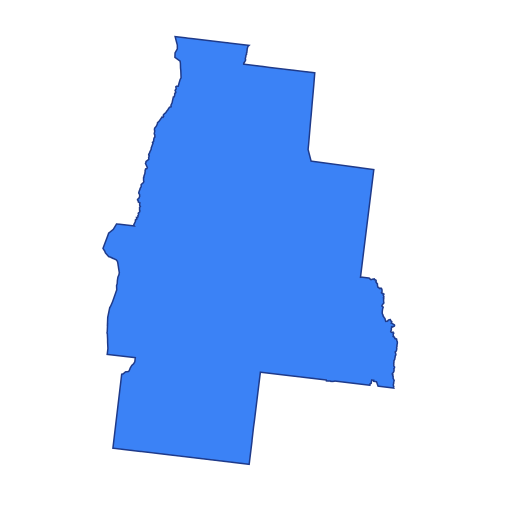 outline of Northern Areas, South Australia, Australia, rotated 187°
{"feature_id": "25037944B38569575724277", "entity_name": "Northern Areas", "entity_type": "district", "adm_level": 2, "iso_a3": "AUS", "parent_name": "Australia", "parent_adm1": "South Australia", "projection": "robinson", "projection_center": [138.424, -33.301], "detail": "fine", "context": "isolated", "style": "filled", "palette": "blue", "viewbox_px": 512, "rotation_deg": 187, "n_neighbors": 0, "source": "geoboundaries", "source_scale": "gbopen_adm2", "svg_char_len": 5885}
<svg xmlns="http://www.w3.org/2000/svg" viewBox="0 0 512 512"><g transform="rotate(187 256 256)"><path d="M363.0,463.9L361.5,460.0L359.8,455.8L359.3,452.0L361.1,447.7L360.7,443.3L355.1,440.2L354.5,438.0L353.8,433.3L353.2,430.7L352.3,425.0L352.1,423.7L352.8,421.9L353.5,417.9L353.9,415.0L355.6,414.8L356.2,414.2L355.6,412.1L356.5,410.6L355.8,409.5L356.0,408.6L355.6,408.3L356.5,407.1L356.3,406.4L356.5,404.1L357.4,403.8L357.8,399.9L357.9,398.0L358.8,395.3L358.4,393.8L360.0,393.1L360.9,391.4L361.2,390.5L362.2,389.0L363.1,387.1L364.2,386.1L365.0,384.9L365.2,384.5L364.7,383.2L365.3,382.2L366.2,382.5L368.5,378.1L370.0,376.3L370.0,375.0L370.8,372.6L372.2,370.5L372.2,368.7L371.7,367.9L371.9,364.8L371.1,363.8L371.1,362.6L370.8,361.9L371.0,361.4L371.6,360.7L371.7,358.7L371.6,357.2L372.6,356.2L372.0,355.4L373.2,350.3L373.0,349.3L374.2,345.9L374.1,345.5L374.2,345.2L374.9,343.9L374.8,343.1L374.3,342.9L374.3,341.5L374.6,341.0L374.2,338.9L376.7,336.4L376.6,335.7L377.0,334.4L374.6,330.5L375.1,329.3L376.2,329.0L376.5,327.1L376.3,326.5L376.4,325.4L376.3,324.5L377.0,321.4L376.8,320.7L377.2,319.9L377.0,319.0L376.8,317.2L376.5,316.5L376.4,316.0L377.0,314.8L377.8,314.0L378.7,312.8L378.4,310.9L378.6,310.4L379.3,308.9L379.2,308.5L379.9,305.8L380.1,304.3L379.7,303.6L379.1,303.0L378.7,301.0L379.0,300.1L379.0,299.6L380.4,297.8L380.5,297.3L379.4,296.2L379.5,295.4L378.5,294.8L377.7,294.6L377.8,293.3L377.6,292.0L376.8,291.1L377.5,290.1L377.2,288.0L377.2,287.3L376.8,286.9L376.8,285.7L378.1,284.1L377.7,283.7L377.7,282.4L378.2,281.5L377.9,280.9L378.3,279.7L379.3,279.7L378.9,277.8L379.8,277.4L380.1,277.1L379.9,275.6L381.1,272.2L380.9,271.3L380.6,271.0L395.8,270.9L396.5,270.8L398.3,270.8L400.9,265.0L405.0,260.8L405.7,257.7L408.8,244.9L407.1,242.8L406.9,242.7L405.8,240.7L402.1,237.4L400.1,237.1L398.9,236.7L399.0,236.6L397.2,236.0L396.9,236.1L395.6,235.6L394.1,235.1L392.8,233.6L391.9,230.9L391.9,230.6L391.4,229.0L390.9,227.1L389.7,223.0L389.6,222.9L389.7,222.4L389.7,221.1L390.1,219.5L390.3,218.9L390.5,218.1L390.6,214.8L390.4,211.5L390.8,209.7L390.1,205.3L390.6,203.3L390.9,201.8L392.8,193.1L394.1,188.7L394.7,187.3L394.9,187.0L394.9,186.8L395.7,177.1L395.1,169.9L395.0,170.0L394.4,162.6L394.5,162.3L394.5,161.8L394.5,161.4L394.4,161.2L394.1,160.9L393.1,155.0L392.8,152.5L391.7,146.1L391.7,140.2L363.4,140.4L363.4,136.2L364.4,134.0L365.9,132.3L367.1,129.7L367.9,126.6L368.7,125.7L371.4,125.1L373.5,122.8L374.9,122.3L374.6,47.8L346.7,47.9L346.5,48.0L316.8,48.1L237.4,48.4L237.4,71.9L237.5,72.7L237.5,74.7L237.6,86.0L237.5,92.2L237.5,141.2L171.2,141.5L170.9,140.6L168.2,140.8L167.2,141.0L166.6,140.7L166.2,140.6L165.8,140.8L164.6,140.8L162.5,141.4L162.4,141.5L127.2,141.6L127.2,143.1L126.2,143.6L126.1,147.0L124.0,147.0L124.0,146.0L121.1,145.9L119.0,141.7L103.2,141.7L103.6,142.4L103.3,143.1L103.7,143.8L104.0,144.8L104.0,145.6L103.8,146.4L104.0,147.1L103.8,147.9L103.9,148.7L103.7,149.3L105.0,151.3L105.2,153.2L105.8,153.7L105.8,154.1L105.5,154.6L106.1,154.9L106.3,155.2L106.4,155.9L106.1,156.4L105.8,156.6L105.4,157.1L105.4,157.3L105.3,158.0L105.0,158.6L105.0,158.9L105.1,159.3L105.1,159.6L105.1,160.0L105.4,160.6L105.5,160.9L105.4,161.0L105.1,161.5L105.0,161.8L104.9,162.0L105.0,162.7L105.0,162.8L105.3,163.0L105.6,163.3L105.8,163.7L105.9,163.9L106.0,164.4L106.0,164.8L106.0,165.3L106.0,165.7L106.2,166.1L106.3,166.3L106.2,167.0L106.1,167.4L106.2,167.6L106.2,167.9L106.2,168.1L106.3,168.4L106.3,168.8L106.3,169.1L106.2,169.2L106.0,169.5L105.9,170.0L105.7,170.3L105.7,170.5L105.7,171.0L105.7,171.4L105.7,171.6L105.6,172.3L105.6,173.1L105.6,173.3L105.6,173.9L105.3,174.4L105.2,174.7L105.1,174.9L105.2,175.4L105.3,175.8L105.5,176.0L105.6,176.5L106.0,177.2L106.0,177.3L106.1,177.6L106.0,177.8L106.0,178.0L105.6,178.3L105.4,178.5L105.2,178.9L105.1,179.3L105.0,180.3L105.0,181.0L105.0,181.4L105.2,181.8L105.3,182.3L105.1,183.6L105.0,183.9L105.1,184.1L105.3,184.4L105.3,184.6L105.1,186.1L105.1,186.8L105.2,187.7L105.4,188.3L105.6,188.6L105.9,189.0L106.3,190.7L106.4,190.8L107.0,190.9L107.7,190.7L107.9,190.9L108.2,191.1L108.4,192.0L108.5,192.1L109.9,192.7L109.8,192.8L109.7,192.9L109.9,193.0L109.9,193.5L110.3,194.9L110.3,195.5L109.9,196.2L110.5,196.5L110.7,197.1L112.2,196.7L112.6,196.9L113.1,197.5L112.6,199.2L112.9,200.2L112.8,200.9L112.5,201.7L112.8,202.1L112.4,202.6L111.7,202.2L111.1,202.6L110.1,203.3L110.0,204.1L110.2,204.5L111.1,204.9L113.0,205.8L113.5,205.8L113.3,206.8L113.3,207.5L114.1,207.9L115.0,209.3L116.4,208.8L117.2,208.1L117.3,207.6L117.9,207.1L118.5,207.1L119.3,206.9L119.9,208.3L120.1,208.7L120.4,209.7L121.5,210.6L122.0,211.5L122.5,211.8L122.6,212.0L122.6,212.7L123.1,213.3L123.7,214.4L123.9,216.4L123.9,216.9L123.9,218.9L123.5,220.7L124.9,221.6L125.0,222.2L123.8,224.4L123.5,224.6L123.4,225.2L123.7,226.0L124.1,228.3L124.1,228.5L123.9,229.1L124.0,229.2L124.3,229.6L124.5,230.0L124.3,230.5L124.0,230.9L124.9,232.7L124.4,233.7L124.8,233.8L125.4,234.3L126.4,234.5L126.4,234.4L127.0,234.8L126.6,235.7L126.6,236.6L127.0,238.3L127.3,238.5L127.4,238.9L127.9,239.2L128.1,239.4L128.9,238.8L129.2,238.7L130.2,239.4L130.3,239.7L131.1,239.8L131.3,240.0L131.7,241.1L131.9,241.9L132.1,243.2L132.7,243.5L133.1,244.0L133.2,244.5L133.7,244.7L133.9,244.9L133.7,245.6L133.7,246.1L134.1,246.7L135.0,247.0L135.6,246.9L136.3,247.3L136.2,247.6L137.5,247.2L138.7,246.6L139.4,246.6L140.0,247.0L140.3,247.5L141.1,247.9L147.1,247.9L148.2,247.9L149.7,247.6L149.7,255.6L149.7,260.0L149.7,275.1L149.6,356.1L212.9,356.9L217.3,368.1L217.4,373.2L218.3,397.8L218.4,402.3L218.9,415.4L219.2,425.0L219.5,433.4L220.0,445.0L265.8,444.8L270.2,444.9L291.6,444.9L291.7,446.0L291.1,446.6L291.1,447.2L290.3,448.6L290.3,449.8L290.7,450.3L290.4,452.7L290.5,453.9L289.9,455.2L290.2,456.2L290.2,456.5L289.8,457.3L290.0,458.1L289.9,459.3L290.0,460.3L289.6,463.0L288.6,464.2L308.2,464.1L310.9,464.2L311.2,464.1L346.2,464.0L350.1,463.9L352.5,464.0L363.0,463.9Z" fill="#3b82f6" stroke="#1e3a8a" stroke-width="1.5"/></g></svg>